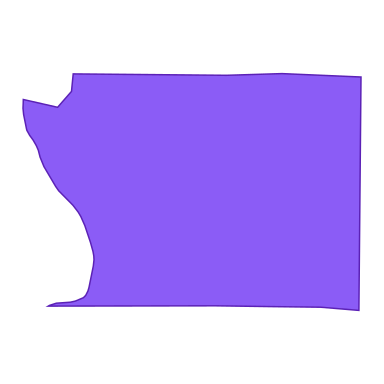 Union, Illinois, United States of America
{"feature_id": "52423323B99483960242542", "entity_name": "Union", "entity_type": "district", "adm_level": 2, "iso_a3": "USA", "parent_name": "United States of America", "parent_adm1": "Illinois", "projection": "natural_earth1", "projection_center": [-89.408, 37.465], "detail": "fine", "context": "isolated", "style": "filled", "palette": "violet", "viewbox_px": 384, "rotation_deg": 0, "n_neighbors": 0, "source": "geoboundaries", "source_scale": "gbopen_adm2", "svg_char_len": 606}
<svg xmlns="http://www.w3.org/2000/svg" viewBox="0 0 384 384"><path d="M282.0,73.6L226.5,75.3L73.2,73.9L71.5,91.4L57.6,107.3L23.3,99.5L23.2,103.5L23.0,108.3L23.6,114.4L26.5,128.9L26.9,130.4L29.7,135.4L33.2,140.2L36.4,145.8L38.3,150.2L40.1,157.2L44.0,166.7L55.7,186.5L58.7,190.8L72.9,205.2L78.2,212.1L80.8,216.5L84.8,225.5L90.5,242.5L93.0,251.5L93.8,256.0L94.0,259.8L93.3,266.1L89.0,287.4L87.9,291.1L85.7,295.4L83.4,297.7L75.3,301.1L70.3,302.2L56.3,303.2L49.5,305.4L48.3,306.1L215.5,305.8L271.3,306.6L320.5,307.2L358.9,310.4L361.0,77.0L282.0,73.6Z" fill="#8b5cf6" stroke="#5b21b6" stroke-width="1.5"/></svg>